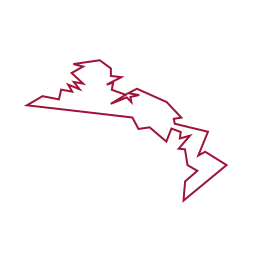 SVG path tracing the border of Prince Edward Island, rotated 190°
{"feature_id": "CAN-687", "entity_name": "Prince Edward Island", "entity_type": "Province", "adm_level": 1, "iso_a3": "CAN", "parent_name": "Canada", "parent_adm1": "", "projection": "equal_earth", "projection_center": [-63.312, 46.509], "detail": "coarse", "context": "isolated", "style": "outline", "palette": "rose", "viewbox_px": 256, "rotation_deg": 190, "n_neighbors": 0, "source": "natural_earth", "source_scale": "10m", "svg_char_len": 744}
<svg xmlns="http://www.w3.org/2000/svg" viewBox="0 0 256 256"><g transform="rotate(190 128 128)"><path d="M231.5,132.8L217.7,144.5L201.0,144.2L200.5,154.2L189.3,154.1L194.4,160.3L182.5,157.8L189.3,163.9L179.9,163.9L193.1,172.4L182.9,180.7L192.9,181.5L167.6,189.8L155.2,183.7L153.9,176.3L143.4,176.9L156.5,167.0L150.5,170.1L150.6,162.8L136.0,160.3L149.2,148.8L134.5,157.9L129.2,154.1L131.0,159.0L122.7,162.4L133.8,162.3L126.0,168.2L94.3,160.2L77.3,147.5L84.5,145.0L82.7,140.3L48.6,138.2L54.0,113.1L47.8,118.0L24.5,108.6L60.7,66.2L62.5,85.3L52.3,97.9L62.9,101.7L68.2,116.9L74.5,116.4L65.7,131.2L75.1,126.7L75.4,133.2L85.1,135.0L87.9,121.3L106.8,132.4L117.5,128.9L125.5,139.1L231.5,132.8Z" fill="none" stroke="#9f1239" stroke-width="2"/></g></svg>